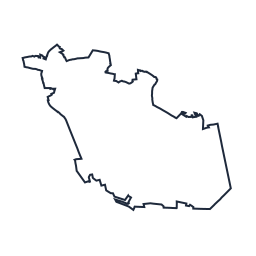 Susāju pag., Vilakas, Latvia, rotated 258°
{"feature_id": "27541924B7356494946618", "entity_name": "Susāju pag.", "entity_type": "district", "adm_level": 2, "iso_a3": "LVA", "parent_name": "Latvia", "parent_adm1": "Vilakas", "projection": "albers", "projection_center": [27.605, 57.194], "detail": "fine", "context": "isolated", "style": "outline", "palette": "slate", "viewbox_px": 256, "rotation_deg": 258, "n_neighbors": 0, "source": "geoboundaries", "source_scale": "gbopen_adm2", "svg_char_len": 5476}
<svg xmlns="http://www.w3.org/2000/svg" viewBox="0 0 256 256"><g transform="rotate(258 128 128)"><path d="M182.8,149.8L181.6,149.6L181.3,149.7L181.0,149.6L180.5,149.5L180.4,149.4L180.1,149.4L179.4,149.4L179.5,148.4L179.6,147.8L179.6,146.9L178.9,146.8L178.2,146.8L175.3,146.5L173.9,146.4L174.3,142.5L173.5,142.2L173.1,142.1L172.7,142.2L172.4,142.3L171.8,141.2L171.2,139.6L171.2,138.3L171.5,137.9L173.4,135.5L174.3,133.9L174.5,133.1L174.9,132.5L175.5,131.8L175.2,130.1L175.2,129.7L174.5,128.2L176.4,126.3L176.5,126.2L176.6,125.6L177.2,124.1L178.3,124.6L179.2,125.1L181.9,125.9L183.3,126.3L183.4,125.9L184.2,124.3L184.4,123.8L184.9,122.5L186.0,120.1L186.7,118.2L187.0,117.6L187.3,117.6L187.6,117.6L187.7,117.8L188.1,118.2L188.1,118.5L187.9,118.7L188.1,118.9L188.2,119.1L188.3,119.4L188.3,120.0L189.5,120.0L190.7,120.6L191.1,121.0L191.8,122.0L193.1,124.3L193.7,124.2L194.2,124.1L194.2,124.3L197.2,124.4L198.1,124.5L199.9,124.6L200.7,124.6L202.7,124.8L204.6,124.6L205.1,124.6L206.4,122.1L206.9,121.0L207.4,119.8L208.2,117.7L208.8,116.3L209.6,114.7L209.8,114.2L210.6,112.0L211.3,109.7L210.2,108.7L205.2,104.0L205.4,102.8L205.7,100.8L205.7,100.2L205.7,99.2L205.7,98.8L206.0,96.9L206.5,93.6L206.6,93.2L206.5,91.0L206.5,89.5L206.7,88.2L206.7,87.2L206.6,86.6L206.7,86.2L206.7,84.7L206.2,81.9L207.8,81.4L209.4,81.2L210.7,80.7L210.6,80.3L212.9,79.7L213.3,80.0L214.7,78.7L216.3,77.1L216.6,78.8L216.6,79.5L217.1,80.9L217.4,80.7L218.8,79.8L219.1,79.5L219.6,78.4L219.9,78.0L220.1,77.9L220.7,77.7L221.2,77.8L221.5,78.0L221.6,77.8L222.5,77.0L222.9,76.8L223.4,76.4L223.6,76.4L224.3,75.9L223.6,74.6L222.5,72.2L222.2,71.6L221.6,70.4L221.0,69.1L219.7,67.0L218.7,65.8L217.9,65.2L217.1,64.7L215.5,63.9L215.6,63.7L214.0,62.8L212.2,61.8L213.5,59.9L214.7,61.0L215.7,59.6L216.7,59.3L218.0,57.4L216.5,57.1L215.1,56.7L215.3,56.4L215.6,55.2L217.1,55.0L217.8,52.3L217.3,51.3L218.4,49.6L218.3,49.3L218.1,48.3L218.4,46.4L218.4,44.0L218.5,41.6L218.4,41.1L218.4,39.5L216.1,39.5L215.9,39.6L215.4,39.7L214.5,39.7L214.4,39.7L212.0,39.7L209.4,39.5L208.5,41.3L208.1,42.5L207.1,44.4L205.8,47.0L205.4,48.2L205.3,48.9L205.0,49.9L204.6,50.6L204.1,51.4L203.6,52.0L203.3,53.0L202.9,53.8L201.9,55.3L201.7,55.8L200.8,55.4L199.7,54.7L199.0,54.4L197.7,54.2L195.4,54.3L195.3,54.5L193.9,54.6L193.8,54.1L191.6,54.4L189.7,54.4L189.6,54.7L187.2,54.7L184.4,54.8L183.6,58.6L183.2,60.5L182.4,60.3L182.4,61.1L182.4,61.7L182.3,62.0L181.9,62.5L181.5,62.9L181.4,63.0L181.6,63.4L181.7,63.5L181.4,63.8L181.6,64.1L181.7,64.4L181.6,64.9L178.7,63.3L177.9,63.0L177.8,62.6L177.3,60.1L176.4,60.3L175.9,59.2L175.6,57.8L175.1,55.9L171.7,56.1L171.7,55.3L169.5,55.4L168.7,55.6L167.4,55.9L166.7,56.2L165.9,56.5L165.3,56.9L165.0,57.1L164.3,57.6L162.8,58.8L160.9,60.4L159.3,61.8L158.3,62.5L158.5,62.8L158.2,63.1L156.7,64.2L155.6,64.8L152.5,67.4L152.5,67.5L151.9,67.9L151.7,67.9L149.8,68.7L148.2,69.1L138.6,70.7L123.1,73.4L118.7,74.2L115.1,74.7L111.7,75.3L107.6,76.1L107.6,75.7L108.0,72.7L108.2,71.4L108.2,70.3L108.0,69.2L107.5,69.5L107.2,69.5L104.6,69.3L101.9,69.3L96.9,68.9L96.6,68.9L96.3,69.1L94.7,69.8L83.7,74.6L84.2,78.8L83.4,79.0L83.5,79.4L83.5,79.6L86.6,79.5L87.5,79.4L87.8,79.4L88.1,79.5L88.4,79.7L90.1,81.2L90.0,83.3L89.8,83.3L87.9,83.3L86.9,83.2L86.6,83.3L86.1,83.5L83.1,86.1L83.2,89.5L77.2,90.0L77.3,93.7L71.5,93.7L67.8,97.6L67.3,99.7L63.7,100.5L58.2,110.1L61.9,114.1L61.3,114.2L61.0,114.8L59.4,116.5L58.5,115.7L55.0,112.7L54.6,113.0L54.3,113.2L53.9,112.7L54.3,112.1L54.0,111.6L57.0,107.2L60.7,100.6L60.4,100.7L59.4,100.9L58.2,101.3L58.0,101.6L57.7,102.0L57.5,102.4L52.6,110.0L51.0,112.4L50.8,112.6L46.8,116.2L48.5,117.5L49.2,117.8L49.7,118.2L49.0,120.8L47.3,127.5L50.4,127.4L49.7,134.3L48.7,137.1L46.2,144.9L44.0,146.5L42.7,146.3L41.5,151.2L40.8,153.9L40.6,154.5L39.5,158.9L39.6,159.0L44.7,160.2L45.0,160.2L46.0,160.4L43.5,166.0L42.0,169.4L40.1,168.6L38.9,171.5L40.0,172.7L38.2,174.5L37.8,174.8L37.1,175.5L35.6,175.1L33.6,183.1L33.3,184.4L33.2,184.7L32.6,187.4L32.5,187.8L32.4,188.3L31.7,191.3L34.9,196.4L35.3,196.9L37.5,200.5L39.1,203.3L40.6,205.2L42.2,207.8L46.8,214.8L47.6,216.0L91.2,216.2L95.2,216.3L110.7,216.4L110.7,216.5L113.6,216.5L113.6,212.3L114.0,209.2L113.8,206.6L111.8,207.2L111.9,206.4L111.9,205.7L111.9,205.0L111.4,201.1L119.9,203.3L124.4,202.8L126.6,201.0L126.1,200.3L125.8,200.2L125.2,199.7L125.4,198.7L126.3,198.5L126.3,198.4L127.6,198.5L128.1,198.3L129.1,196.2L126.8,196.6L126.3,196.7L124.8,197.0L124.9,196.0L125.0,193.6L127.0,193.6L127.2,192.9L125.7,192.3L126.2,189.4L127.5,187.9L126.9,187.3L129.9,184.2L130.1,184.4L130.7,184.4L130.7,186.1L130.3,186.9L130.8,187.5L132.3,185.1L132.5,184.1L131.1,182.9L130.6,182.1L127.5,177.5L128.2,176.5L128.3,176.5L130.0,174.7L130.7,173.8L131.3,173.1L134.5,169.9L137.2,166.9L137.6,166.4L140.4,163.4L141.9,161.5L142.8,160.4L143.1,160.1L143.7,159.5L144.9,158.0L145.2,157.5L148.1,157.5L149.7,157.6L151.1,157.7L152.0,158.0L154.7,158.1L156.6,158.7L159.3,159.3L159.7,159.5L162.2,160.4L162.4,160.5L164.9,162.9L165.1,163.7L166.1,164.5L167.8,166.1L168.4,166.4L169.0,166.7L169.4,166.7L169.5,166.4L170.0,166.1L171.4,166.1L172.1,165.6L172.2,165.0L172.5,164.2L172.8,164.1L173.1,163.8L173.2,163.7L173.4,163.5L173.6,163.5L175.0,162.2L176.1,161.1L176.5,160.7L178.6,158.5L179.2,158.0L179.2,157.5L179.1,157.4L179.4,157.1L179.5,156.8L179.5,156.6L179.5,155.9L179.7,155.6L179.8,155.4L180.0,155.1L180.1,154.6L180.6,154.3L180.9,154.0L181.0,153.8L181.2,152.8L181.1,152.6L181.0,152.4L181.0,152.2L181.3,151.8L181.7,151.6L182.0,151.6L182.1,151.1L182.8,149.8Z" fill="none" stroke="#1e293b" stroke-width="2"/></g></svg>